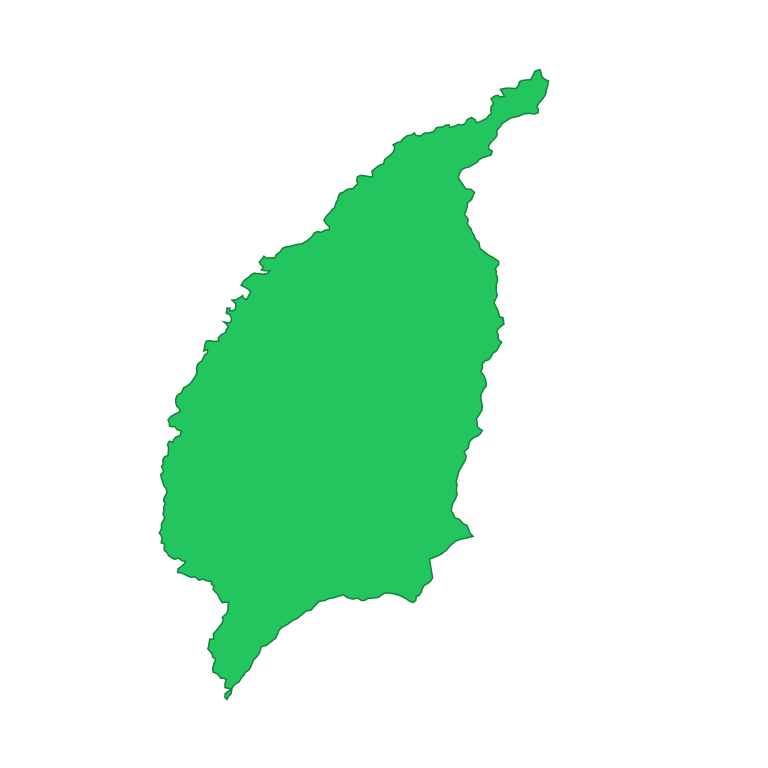 outline of Goianorte, Tocantins, Brazil, rotated 247°
{"feature_id": "56859067B40911142932648", "entity_name": "Goianorte", "entity_type": "district", "adm_level": 2, "iso_a3": "BRA", "parent_name": "Brazil", "parent_adm1": "Tocantins", "projection": "natural_earth1", "projection_center": [-48.98, -8.921], "detail": "fine", "context": "isolated", "style": "filled", "palette": "green", "viewbox_px": 768, "rotation_deg": 247, "n_neighbors": 0, "source": "geoboundaries", "source_scale": "gbopen_adm2", "svg_char_len": 6172}
<svg xmlns="http://www.w3.org/2000/svg" viewBox="0 0 768 768"><g transform="rotate(247 384 384)"><path d="M209.0,406.5L212.8,405.0L216.2,405.0L219.0,405.1L221.6,405.1L224.2,402.4L226.7,401.6L230.1,400.4L233.0,397.0L237.5,397.0L241.1,396.4L244.9,398.8L247.6,401.3L250.2,404.8L254.2,408.4L257.1,408.9L260.2,410.3L262.8,411.9L266.4,412.5L269.8,415.5L273.2,417.8L275.6,420.3L278.1,423.8L280.5,427.0L282.6,429.6L285.5,431.4L290.1,431.2L291.2,433.8L292.1,436.6L295.1,438.4L297.2,440.0L298.7,442.6L299.6,446.0L299.5,449.2L300.7,453.5L302.9,456.4L304.9,454.9L308.2,453.1L311.9,454.7L315.7,455.2L317.8,458.6L321.8,464.0L325.3,466.0L328.7,466.6L333.4,467.6L336.9,469.6L340.2,473.6L342.3,477.5L345.6,478.7L348.2,479.1L351.2,479.3L353.8,479.0L357.6,477.8L360.3,481.1L364.1,482.2L365.8,485.9L365.4,489.5L367.2,493.3L369.8,496.2L370.4,500.0L372.4,503.1L375.1,506.2L376.3,508.6L379.8,506.9L382.5,507.3L384.9,508.5L388.0,508.0L390.0,510.4L391.4,514.3L392.2,517.7L395.8,518.8L398.6,519.4L400.7,516.5L404.5,517.4L407.8,517.6L411.1,517.3L415.8,517.0L421.4,523.0L424.8,523.4L428.4,524.7L431.7,526.2L434.2,528.5L438.3,530.2L441.4,530.0L443.8,531.5L446.6,531.5L448.1,534.1L449.5,536.5L452.1,537.4L457.6,534.0L462.1,530.4L465.2,528.6L471.3,525.4L477.0,526.6L481.8,524.7L485.4,525.0L489.1,524.4L493.1,524.7L497.2,523.3L500.0,523.8L502.0,525.6L504.7,525.6L508.7,524.1L510.5,526.4L514.9,530.1L518.2,531.9L519.6,536.7L521.5,538.5L525.0,542.2L529.2,540.2L531.5,535.6L534.9,534.8L538.9,534.1L544.6,532.9L548.3,535.8L550.9,539.3L551.3,543.8L550.5,546.7L551.0,550.2L551.6,555.9L553.4,559.2L553.8,562.8L553.4,567.4L552.9,571.9L555.9,574.7L559.4,572.3L562.1,573.1L564.6,576.7L567.3,583.3L569.2,585.5L573.4,586.9L575.3,591.3L577.6,594.6L578.8,601.4L579.3,604.5L578.8,607.7L577.9,612.4L577.8,619.2L576.2,623.9L573.7,627.9L573.5,632.0L577.2,633.4L579.7,633.2L582.3,636.9L585.8,643.7L588.9,647.1L591.7,648.7L594.5,651.2L598.8,653.9L600.9,651.6L605.0,649.4L609.0,650.1L612.4,650.5L613.0,645.3L606.9,638.2L609.6,629.3L609.0,626.4L606.3,624.6L604.5,620.7L607.8,614.1L609.1,610.2L609.7,606.2L605.8,607.0L601.8,607.3L602.8,602.7L605.3,601.8L605.8,598.3L604.8,594.0L601.3,594.3L598.9,594.2L597.7,591.2L594.5,589.3L590.8,588.3L590.3,585.5L588.4,582.2L587.9,574.4L588.4,571.0L591.8,571.2L595.2,568.5L594.9,564.0L592.2,560.7L591.8,556.5L593.7,554.4L593.8,549.4L594.1,544.9L597.1,545.2L598.1,542.0L597.7,538.4L598.7,535.5L599.4,532.2L597.1,528.9L597.4,523.8L599.2,519.1L598.0,514.4L600.5,510.4L603.4,510.0L602.5,506.9L603.4,502.2L602.5,497.8L600.4,493.8L601.1,490.6L600.6,485.8L597.5,486.5L594.1,483.4L592.1,478.9L590.3,472.2L586.8,469.6L587.1,465.8L586.7,463.0L585.7,459.6L584.6,455.9L581.1,455.3L578.8,454.4L581.2,450.7L583.5,447.0L585.3,443.9L585.0,440.3L581.5,438.3L578.5,438.0L577.4,434.9L576.0,431.9L577.2,428.2L577.4,424.9L576.4,421.4L576.8,418.3L574.6,415.4L572.0,413.7L569.5,410.5L565.5,407.3L564.9,404.3L563.1,401.7L561.5,397.4L560.1,395.2L558.1,392.6L554.3,393.3L550.2,395.2L547.5,393.9L548.6,390.6L548.2,385.3L550.3,382.3L550.3,378.8L547.7,375.1L546.6,371.4L545.8,368.2L545.2,363.3L546.7,357.5L547.5,350.6L548.6,347.7L548.6,343.6L546.1,339.7L545.0,334.9L542.7,332.9L543.8,330.4L545.7,325.3L548.6,323.3L546.6,320.3L544.9,316.8L542.1,317.1L538.8,318.8L537.0,315.7L534.9,318.4L532.7,323.0L531.4,320.1L531.9,316.0L534.2,312.9L535.3,310.3L536.8,307.9L536.5,304.6L535.0,300.7L534.4,297.1L533.1,294.2L530.6,291.0L527.6,293.7L524.1,296.2L520.9,297.2L515.4,290.6L518.1,288.0L520.6,288.6L519.9,285.3L519.3,280.6L520.6,276.9L515.5,279.0L510.7,276.1L510.6,273.0L511.8,270.5L514.0,271.9L515.2,269.0L510.6,266.5L508.3,269.2L504.5,269.3L501.8,268.1L500.5,265.6L503.8,260.8L500.5,262.4L497.2,262.9L495.6,260.0L493.3,258.3L493.0,253.5L491.1,249.3L488.0,249.1L489.7,244.0L491.8,240.9L493.0,237.3L490.8,235.0L487.9,233.2L484.8,230.9L484.7,235.0L481.5,233.6L480.8,230.3L476.7,225.6L475.1,220.3L471.8,217.5L468.1,216.6L465.3,214.0L463.2,211.0L460.2,206.1L459.0,201.6L458.9,198.2L457.0,196.0L455.0,194.3L454.9,191.5L453.9,188.5L451.0,186.1L447.7,184.9L444.2,184.6L441.9,185.8L439.2,186.3L438.0,183.4L438.1,180.1L437.4,175.2L435.3,171.1L431.9,171.2L429.1,170.0L427.5,172.1L426.5,175.0L423.1,175.5L420.2,178.9L416.3,176.3L416.5,171.8L415.0,168.8L413.0,166.9L415.2,164.0L412.9,161.1L409.4,160.7L406.6,159.3L402.5,157.2L402.8,154.0L400.7,150.7L396.7,149.5L394.9,146.9L392.1,147.2L389.1,146.5L387.8,143.0L384.7,142.4L380.8,142.1L376.9,141.7L372.3,142.7L368.7,141.8L365.5,137.4L362.4,135.5L359.3,136.1L357.3,133.5L353.0,131.6L350.4,129.7L346.7,130.0L344.6,127.7L342.6,124.7L339.9,123.6L337.5,122.3L334.6,118.9L332.1,119.6L328.7,119.6L324.9,116.8L322.3,119.6L319.7,117.9L316.7,116.8L312.9,118.6L310.5,118.5L307.0,120.7L304.4,122.8L304.1,126.7L299.8,129.3L298.4,132.0L296.6,130.0L295.1,126.1L294.4,122.2L291.2,120.4L288.8,124.2L284.4,127.9L281.3,131.0L280.2,134.8L275.7,137.0L275.0,141.5L272.9,142.9L271.3,145.3L269.4,148.0L266.9,146.9L264.2,148.8L262.0,146.4L258.5,147.4L255.5,148.8L250.2,148.9L245.9,149.6L245.1,152.7L243.8,155.8L241.3,154.0L237.6,152.3L234.4,149.8L232.3,143.9L229.5,143.9L227.1,141.4L224.9,137.6L222.7,133.5L220.7,129.3L215.8,127.6L217.2,123.9L211.0,120.0L208.9,118.3L205.8,119.5L202.4,120.3L199.5,119.5L196.6,121.6L192.5,117.7L189.5,115.4L185.6,114.1L182.2,117.4L176.9,118.9L175.5,122.0L173.3,123.2L170.9,120.9L166.7,119.0L164.8,121.6L162.9,124.9L165.6,128.4L166.5,134.3L168.2,136.5L169.8,138.8L170.8,141.4L172.6,143.3L173.5,147.7L175.2,150.2L181.0,156.1L182.6,160.3L184.9,164.0L190.0,168.3L189.4,173.7L192.5,185.1L198.3,191.2L199.8,194.4L200.5,201.6L202.0,207.5L202.0,211.9L203.2,216.3L205.5,223.8L204.4,228.2L209.3,239.3L207.9,244.6L208.0,249.4L207.0,253.1L205.9,264.2L202.5,266.3L200.1,268.6L198.2,271.2L197.5,274.9L196.0,277.2L193.4,278.7L192.4,281.9L192.9,285.3L189.8,295.2L191.3,302.6L190.4,305.5L187.7,310.2L182.8,316.3L178.7,319.7L173.3,323.3L171.5,325.7L172.3,328.7L175.8,330.7L175.7,333.7L178.1,337.3L182.6,341.3L184.0,349.3L186.5,353.0L205.0,357.4L204.8,365.5L205.0,369.8L206.5,376.2L209.4,382.1L211.3,388.2L211.3,393.6L209.8,400.8L209.0,406.5ZM162.9,124.9L161.7,119.6L161.0,116.8L157.5,115.1L155.0,116.3L157.1,118.5L158.4,122.0L162.9,124.9Z" fill="#22c55e" stroke="#15803d" stroke-width="1.5"/></g></svg>